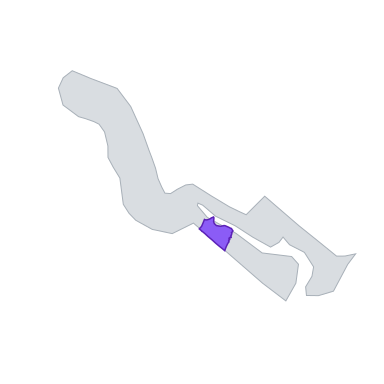 location of Illiasa, North Bank, Gambia, rotated 220°
{"feature_id": "56634734B27555440336226", "entity_name": "Illiasa", "entity_type": "district", "adm_level": 2, "iso_a3": "GMB", "parent_name": "Gambia", "parent_adm1": "North Bank", "projection": "equal_earth", "projection_center": [-15.729, 13.524], "detail": "fine", "context": "in_parent", "style": "filled", "palette": "violet", "viewbox_px": 384, "rotation_deg": 220, "n_neighbors": 0, "source": "geoboundaries", "source_scale": "gbopen_adm2", "svg_char_len": 3161}
<svg xmlns="http://www.w3.org/2000/svg" viewBox="0 0 384 384"><g transform="rotate(220 192 192)"><path d="M50.1,168.9L79.2,167.5L114.4,168.1L152.8,168.8L170.9,169.1L180.4,147.4L198.4,137.8L216.9,134.2L226.5,135.2L236.7,138.4L256.2,156.3L268.4,160.4L278.6,164.5L286.0,173.2L297.6,181.8L306.8,184.2L312.3,182.9L321.3,179.5L327.3,176.8L346.7,175.7L361.1,185.7L364.1,196.7L361.7,207.9L342.5,213.9L315.9,223.2L293.9,218.1L267.1,205.3L251.4,196.1L244.9,192.5L235.1,186.7L226.6,180.4L218.3,176.3L212.0,173.7L207.4,177.0L205.0,184.7L201.3,193.4L196.5,198.5L174.1,201.5L153.9,204.7L143.1,207.4L135.9,209.4L133.6,235.5L110.8,235.2L88.4,234.9L65.1,235.4L40.1,235.8L33.7,241.2L26.9,249.8L26.2,236.7L19.9,207.0L28.5,193.9L37.8,186.3L44.0,192.4L45.9,204.5L50.7,212.8L67.1,218.0L83.4,214.3L93.3,216.0L93.0,209.3L96.4,200.3L116.2,196.5L137.0,193.9L158.5,188.6L175.3,188.8L180.3,187.3L179.1,185.0L164.0,182.4L131.8,188.6L99.1,190.4L74.2,206.6L64.0,205.1L53.8,188.9L50.1,168.9Z" fill="#d9dde1" stroke="#a8b0b8" stroke-width="1"/><path d="M135.6,188.5L136.0,188.7L136.7,188.9L137.2,188.9L137.9,189.3L138.1,189.3L138.4,189.2L138.8,189.3L138.9,189.2L139.0,189.1L139.8,188.9L140.1,188.8L140.3,188.8L140.8,188.7L141.1,188.6L141.5,188.5L141.9,188.4L142.4,188.3L143.0,188.0L143.3,188.0L143.6,187.9L144.5,187.6L144.9,187.5L145.1,187.4L146.0,186.8L146.0,186.6L146.2,186.3L146.4,186.1L147.1,185.4L147.3,185.0L147.5,184.8L147.5,184.7L147.8,184.5L148.0,184.2L148.3,183.9L148.7,183.7L148.9,183.6L149.0,183.6L149.6,183.1L149.9,183.0L150.2,182.9L150.3,182.8L150.7,182.6L151.2,182.2L151.3,182.1L151.5,182.1L152.0,182.0L152.1,181.9L152.7,182.0L153.1,182.0L153.5,182.0L153.8,182.1L154.2,182.2L154.4,182.1L154.6,182.3L155.2,182.4L155.9,182.9L156.5,183.3L156.6,183.5L157.0,184.1L157.4,184.6L158.0,185.5L158.4,186.0L159.0,186.6L159.4,186.7L159.5,186.7L159.8,186.0L160.3,185.0L160.5,184.7L160.6,184.3L160.7,184.1L160.8,183.5L160.9,183.2L161.0,182.9L161.3,182.2L161.8,181.5L162.3,180.7L162.6,180.4L163.0,179.9L163.6,179.5L163.7,179.4L164.0,179.2L164.4,179.0L164.6,178.9L164.8,178.9L163.8,175.9L163.1,173.6L162.6,171.9L162.6,171.1L162.7,169.9L162.7,169.6L162.7,168.4L162.0,168.4L160.4,168.4L159.9,168.4L159.5,168.2L159.4,168.2L159.4,168.3L158.9,168.4L155.8,168.4L154.6,168.4L154.4,168.4L153.6,168.3L152.5,168.3L151.8,168.2L151.5,168.2L151.4,168.2L149.8,168.2L149.3,168.2L149.2,168.2L147.6,168.2L145.4,168.2L145.2,168.2L143.4,168.1L141.0,168.0L137.3,168.0L136.2,168.0L132.8,168.1L132.0,168.1L131.9,168.1L129.2,168.1L129.5,168.9L129.6,169.1L130.2,170.8L130.3,171.1L130.5,171.8L130.6,172.1L131.0,173.4L131.1,174.0L131.3,174.7L131.4,174.9L131.4,175.1L131.6,176.1L131.6,176.3L131.6,177.5L131.8,177.8L132.2,177.8L132.5,178.0L132.7,178.5L132.5,179.2L132.6,179.3L132.6,179.7L133.1,179.6L133.3,179.7L133.3,180.2L133.5,180.2L133.5,180.7L133.9,180.7L133.9,181.0L133.7,181.4L133.7,181.6L133.6,181.8L133.4,182.1L133.1,182.0L132.9,182.0L132.8,182.4L133.0,182.5L133.4,182.6L133.5,183.0L133.8,183.3L133.8,183.5L134.1,183.6L134.3,184.3L134.2,184.6L135.1,186.3L135.6,186.4L135.5,186.7L135.5,186.9L135.5,187.2L135.6,187.5L135.6,188.0L135.6,188.4L135.6,188.5Z" fill="#8b5cf6" stroke="#5b21b6" stroke-width="1.5"/></g></svg>